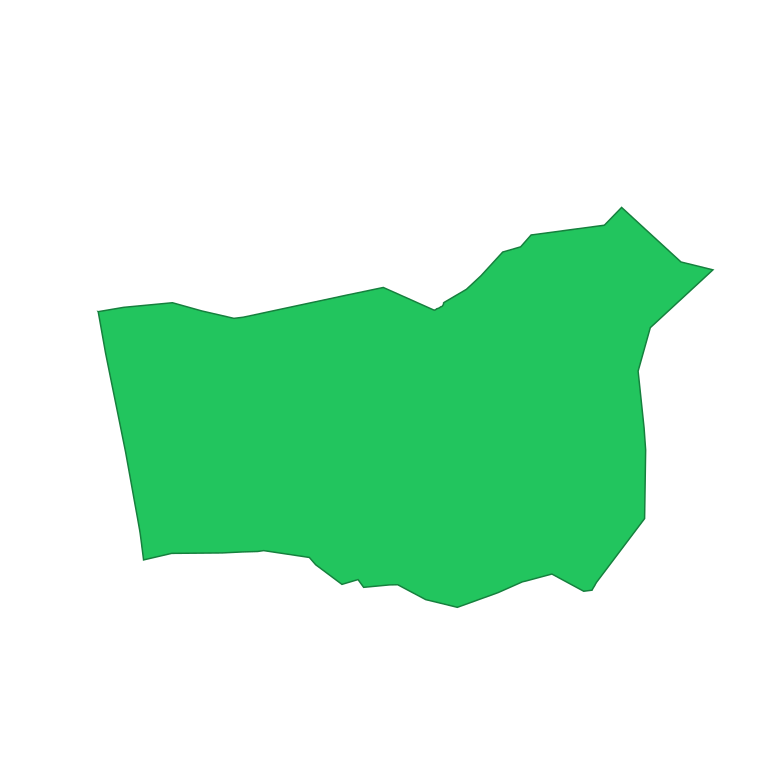 the district of Bayan-Ovoo, Ömnögovi, Mongolia, rotated 103°
{"feature_id": "93677404B57634544565509", "entity_name": "Bayan-Ovoo", "entity_type": "district", "adm_level": 2, "iso_a3": "MNG", "parent_name": "Mongolia", "parent_adm1": "Ömnögovi", "projection": "natural_earth1", "projection_center": [106.036, 42.75], "detail": "fine", "context": "isolated", "style": "filled", "palette": "green", "viewbox_px": 768, "rotation_deg": 103, "n_neighbors": 0, "source": "geoboundaries", "source_scale": "gbopen_adm2", "svg_char_len": 1381}
<svg xmlns="http://www.w3.org/2000/svg" viewBox="0 0 768 768"><g transform="rotate(103 384 384)"><path d="M529.4,132.3L456.5,99.8L389.5,114.2L368.3,120.7L314.3,139.3L269.2,137.2L198.8,89.2L198.3,122.1L174.1,164.8L158.5,192.2L179.7,205.0L205.7,274.2L219.6,281.7L228.7,298.0L256.8,313.9L273.2,325.0L290.8,343.6L291.6,344.2L292.1,344.1L292.6,344.0L293.0,344.1L293.4,344.1L293.7,344.2L294.3,344.4L294.9,344.6L295.3,344.9L295.6,345.3L295.7,345.6L295.8,345.8L296.0,345.9L296.1,346.1L296.5,346.5L297.0,346.9L297.4,347.3L297.8,347.8L298.1,348.2L298.3,348.6L298.5,348.9L298.6,349.1L298.7,349.3L298.8,349.5L299.1,349.8L299.3,349.9L299.5,350.0L300.0,350.4L300.3,350.7L300.4,350.9L300.5,351.4L300.8,351.7L290.1,406.4L305.0,438.7L350.6,536.2L353.8,545.0L353.8,578.0L352.4,608.4L367.9,655.0L377.8,678.7L377.8,678.8L377.9,678.7L400.9,668.9L416.4,662.3L443.5,650.0L469.4,638.2L492.3,627.8L508.6,620.4L534.0,609.5L556.2,600.0L570.1,594.0L576.7,591.2L580.9,589.4L584.6,587.9L594.5,584.2L596.2,583.6L596.8,583.4L599.4,582.4L608.9,578.9L609.5,578.7L596.8,552.8L585.0,503.7L579.4,483.9L575.6,469.4L573.4,463.8L569.8,417.7L575.5,409.9L588.7,379.9L580.4,365.3L586.7,358.1L578.5,333.4L576.5,325.5L584.7,294.9L585.1,262.3L561.6,225.9L545.6,204.6L544.0,201.3L531.4,177.7L541.0,142.8L538.1,134.9L536.4,134.5L532.6,133.2L531.9,133.1L529.4,132.3Z" fill="#22c55e" stroke="#15803d" stroke-width="1.5"/></g></svg>